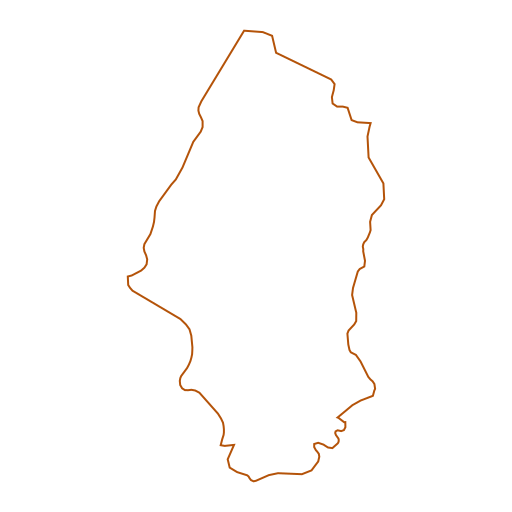 outline of Haute-Rhin
{"feature_id": "FRA-5296", "entity_name": "Haute-Rhin", "entity_type": "Metropolitan department", "adm_level": 1, "iso_a3": "FRA", "parent_name": "France", "parent_adm1": "", "projection": "albers", "projection_center": [7.305, 47.86], "detail": "fine", "context": "isolated", "style": "outline", "palette": "amber", "viewbox_px": 512, "rotation_deg": 0, "n_neighbors": 0, "source": "natural_earth", "source_scale": "10m", "svg_char_len": 2147}
<svg xmlns="http://www.w3.org/2000/svg" viewBox="0 0 512 512"><path d="M370.6,123.1L369.6,126.6L367.5,136.5L368.6,157.5L383.4,183.4L384.2,199.2L381.0,205.3L371.9,215.0L370.1,221.8L370.6,230.1L369.9,232.4L367.8,237.5L366.4,240.0L364.2,242.2L363.2,244.4L362.8,246.5L363.0,247.8L363.3,249.1L363.2,251.3L365.0,260.8L364.3,266.5L359.7,269.0L357.8,271.5L353.0,288.0L352.1,295.0L356.3,312.8L356.2,321.1L354.2,324.5L348.6,330.5L347.4,333.6L348.3,344.5L349.5,350.0L350.8,352.3L355.9,354.9L360.5,361.4L368.3,376.9L370.4,379.4L372.6,381.3L374.4,384.0L375.1,388.8L374.3,390.6L372.9,395.8L360.7,400.5L352.5,405.1L350.6,406.7L337.6,417.5L338.4,417.8L344.1,422.2L345.3,422.1L345.4,427.2L343.9,430.1L341.2,431.1L337.6,430.3L335.6,431.4L335.2,433.0L335.9,435.0L338.4,438.5L338.7,439.6L338.7,439.8L338.7,441.1L338.3,442.5L337.7,443.4L332.4,448.1L328.0,447.5L325.0,445.6L323.5,444.6L318.2,442.8L314.2,444.0L314.2,447.1L315.9,450.2L317.1,451.5L318.8,453.8L319.3,456.7L318.2,461.5L316.3,464.0L311.5,470.4L305.2,472.9L301.9,474.2L287.6,473.6L278.0,473.2L268.9,475.1L255.9,480.8L253.6,481.3L251.0,480.1L249.6,478.3L248.6,476.5L247.2,475.3L237.1,472.1L229.7,467.6L227.7,459.3L234.0,444.9L224.7,445.9L220.7,445.2L222.2,439.3L223.6,434.9L223.9,432.5L223.9,429.3L223.6,426.1L223.0,422.7L221.0,418.5L218.0,413.7L199.4,392.7L195.2,390.5L191.4,389.8L188.1,390.2L184.9,390.1L182.1,388.3L180.2,385.0L179.8,380.9L180.3,378.1L181.2,376.0L187.1,368.0L188.9,364.6L190.4,361.1L191.4,357.6L192.1,354.3L192.3,350.7L192.4,347.3L191.3,335.7L189.5,329.3L186.0,324.5L180.5,319.1L132.5,290.7L130.0,287.8L128.2,285.0L127.8,276.5L131.7,275.5L141.1,270.6L144.4,267.7L146.6,264.3L147.2,259.4L146.1,255.3L144.4,251.5L143.7,247.8L144.4,244.1L150.4,234.1L152.9,226.6L154.0,222.0L154.5,217.7L155.0,210.9L156.4,206.5L159.2,201.2L171.3,184.6L175.8,179.5L182.5,167.5L193.3,141.8L200.7,131.7L202.6,127.1L202.6,121.1L201.0,117.4L199.2,113.8L198.4,110.6L198.6,107.3L201.4,101.2L244.1,30.7L262.8,32.1L272.1,35.8L276.1,52.8L331.2,79.5L334.6,84.1L333.7,90.3L331.9,97.1L332.6,103.5L337.1,106.6L342.8,106.6L347.6,107.8L351.6,120.1L357.5,122.3L370.6,123.1Z" fill="none" stroke="#b45309" stroke-width="2"/></svg>